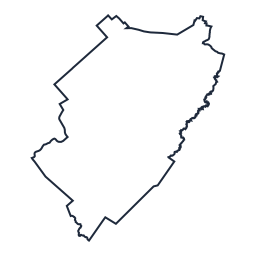 Palmerston North City, Manawatu-Wanganui, New Zealand
{"feature_id": "76426892B89930780438599", "entity_name": "Palmerston North City", "entity_type": "district", "adm_level": 2, "iso_a3": "NZL", "parent_name": "New Zealand", "parent_adm1": "Manawatu-Wanganui", "projection": "albers", "projection_center": [175.702, -40.399], "detail": "fine", "context": "isolated", "style": "outline", "palette": "slate", "viewbox_px": 256, "rotation_deg": 0, "n_neighbors": 0, "source": "geoboundaries", "source_scale": "gbopen_adm2", "svg_char_len": 5692}
<svg xmlns="http://www.w3.org/2000/svg" viewBox="0 0 256 256"><path d="M31.8,158.0L32.7,159.4L34.6,161.6L45.5,176.6L72.8,200.7L66.8,205.9L70.7,216.0L71.3,215.8L72.1,215.8L73.3,216.3L74.0,217.0L74.3,217.0L75.2,218.1L75.2,218.9L74.9,219.9L75.6,220.9L75.7,222.1L76.2,222.3L77.6,223.8L78.4,224.2L80.3,224.2L80.3,224.4L80.9,225.4L80.8,226.6L81.0,226.6L80.5,227.7L79.8,228.0L79.0,229.2L78.8,229.8L78.2,230.8L78.2,231.2L78.7,232.5L79.0,232.8L78.7,234.4L78.9,234.8L78.8,235.4L79.1,235.8L79.5,235.9L80.2,235.8L80.7,234.9L81.0,234.8L82.3,235.4L83.1,235.6L83.7,235.4L84.5,236.5L85.6,237.2L86.3,237.1L86.9,237.4L87.4,238.2L87.5,239.2L87.6,239.3L88.5,240.3L89.0,240.6L103.0,220.5L105.3,217.3L115.9,223.8L153.6,186.4L157.7,185.4L174.3,161.5L168.4,157.3L168.4,157.1L168.8,157.1L169.1,157.5L169.3,157.4L169.3,156.9L170.2,156.4L170.3,156.1L171.0,155.9L171.1,155.5L172.0,155.7L172.3,155.5L172.6,155.6L174.2,154.3L174.6,153.7L174.6,152.8L174.5,152.5L174.5,152.2L174.7,151.9L175.5,151.7L176.7,151.9L176.7,151.5L176.9,151.5L177.4,150.8L177.8,150.8L178.0,150.5L179.4,150.0L179.7,149.5L179.4,149.0L179.2,148.8L179.3,148.5L179.3,148.1L180.0,148.2L180.2,147.7L180.5,147.6L180.7,147.2L180.7,146.7L180.3,146.5L180.4,146.2L180.1,146.1L180.4,145.5L179.7,145.0L180.5,144.3L180.7,143.8L180.7,143.5L181.4,143.2L182.3,141.9L183.2,141.1L183.3,140.4L183.5,140.2L184.2,139.7L183.9,139.0L184.0,138.5L183.6,138.0L183.3,138.0L183.1,137.7L182.9,137.9L182.7,137.8L182.2,137.5L181.3,137.6L181.2,137.3L181.3,136.9L181.1,136.7L181.1,136.3L181.3,136.0L181.3,135.6L180.8,134.6L180.2,134.3L179.8,133.5L180.2,133.3L180.6,133.4L181.1,133.0L180.5,132.1L180.6,131.8L180.9,131.6L180.7,131.3L180.3,131.0L181.3,130.5L181.3,130.1L182.1,130.3L182.3,130.1L183.0,129.7L183.3,129.2L183.4,128.7L183.5,128.6L184.4,128.5L184.7,128.8L185.0,128.7L185.3,129.0L185.4,128.8L185.8,128.7L185.9,128.4L186.1,128.3L186.3,128.0L186.2,127.7L186.3,127.4L186.6,127.3L186.8,126.8L186.5,126.7L186.6,126.3L186.6,126.0L187.0,125.0L186.5,124.4L186.3,124.2L186.5,123.8L186.9,123.3L186.9,122.7L186.6,121.8L186.9,121.7L187.0,121.4L187.0,121.2L188.3,121.0L188.1,121.5L188.4,122.1L189.1,122.1L189.3,121.9L189.3,121.4L189.6,121.0L189.8,120.9L189.8,120.4L189.9,120.2L190.4,120.2L190.5,120.4L191.1,120.5L190.7,119.8L190.7,119.0L191.7,118.6L192.2,118.0L192.7,118.2L193.2,117.9L193.5,118.2L194.1,117.9L194.4,118.1L195.3,117.4L195.4,117.0L195.2,116.8L195.3,116.2L195.5,116.1L195.4,115.8L195.5,115.4L196.2,115.8L196.6,115.6L196.4,114.0L196.5,114.0L197.0,114.2L197.3,113.8L197.7,113.7L197.9,113.7L198.3,113.3L198.4,113.1L198.3,112.9L198.3,112.5L197.9,112.1L198.1,111.7L198.4,111.6L198.1,110.7L198.2,110.4L198.6,110.1L199.0,110.0L199.7,110.3L199.8,109.7L199.2,108.9L199.9,108.9L200.3,108.4L200.7,108.2L200.9,108.3L201.6,109.0L201.8,108.5L202.8,108.9L202.7,108.4L202.2,107.4L202.4,107.2L202.1,106.9L202.4,106.7L202.8,106.8L203.2,107.1L203.4,106.8L203.6,106.8L204.0,106.2L204.4,106.2L205.0,106.5L205.0,106.3L205.9,105.6L206.2,105.7L206.3,105.4L206.5,105.6L206.6,105.8L206.5,106.2L207.2,106.3L207.2,106.0L207.6,105.9L207.5,105.5L207.8,105.3L208.3,105.3L208.4,105.1L208.1,105.0L208.1,104.8L208.3,104.8L208.3,104.4L208.5,104.1L208.9,103.9L208.9,103.5L208.6,103.3L208.5,103.0L208.3,103.3L207.9,103.0L207.6,103.0L207.1,102.0L206.9,102.4L206.5,102.6L206.4,102.5L206.1,102.4L205.9,101.7L205.4,102.1L205.1,102.1L205.0,101.9L205.1,101.7L204.6,101.2L204.4,100.2L204.4,99.8L204.3,99.5L205.2,99.1L205.7,98.5L205.3,98.0L205.3,97.5L205.5,97.1L205.9,97.3L206.2,97.1L205.9,96.6L206.0,96.3L206.3,96.0L206.6,95.3L206.8,95.2L207.2,94.7L207.3,94.7L207.3,94.4L207.9,94.3L208.3,94.5L208.3,94.2L208.5,94.2L208.7,93.9L208.8,93.7L209.2,93.8L209.7,94.1L209.8,93.9L209.8,93.5L209.9,93.4L210.5,93.8L211.1,93.8L211.1,93.6L210.3,92.9L210.3,92.4L210.6,92.5L210.8,92.2L210.5,92.0L210.9,91.6L211.3,91.6L211.4,91.4L212.0,91.6L213.1,90.5L213.5,88.2L213.3,86.1L215.7,84.0L216.1,82.3L216.7,82.0L216.3,81.6L216.3,81.2L216.6,81.2L216.3,80.8L216.4,80.6L216.4,80.4L215.9,80.1L215.8,79.8L215.4,79.6L215.1,79.2L215.4,79.0L215.2,78.5L214.7,78.2L214.5,77.9L215.0,77.9L214.7,77.1L214.6,76.4L214.9,76.2L215.2,76.4L215.5,76.2L216.1,76.4L216.5,76.9L216.9,77.0L216.9,76.8L217.5,76.9L217.7,76.7L218.2,76.5L218.3,76.4L217.9,76.3L217.3,76.3L217.2,76.1L216.8,76.1L216.8,75.7L217.0,75.5L216.8,75.2L216.9,74.9L217.1,74.5L216.9,73.7L217.2,73.5L217.2,73.2L217.3,72.9L217.5,72.7L217.8,72.8L217.9,72.3L218.5,72.2L218.4,71.5L219.1,71.3L219.5,70.9L219.9,70.8L224.2,54.5L221.9,53.5L220.5,53.4L218.1,52.8L217.3,51.9L215.4,51.2L212.3,48.7L211.5,47.8L211.4,47.1L210.5,46.0L208.8,44.8L208.2,44.5L207.1,44.3L205.4,44.4L204.5,44.3L203.6,43.0L202.9,43.1L203.0,42.4L203.4,41.9L205.4,41.0L206.2,40.4L207.5,40.0L208.7,39.2L209.1,38.2L209.5,36.7L209.4,35.9L209.6,34.2L209.6,33.4L209.9,32.5L209.8,31.9L210.0,30.1L210.6,27.9L211.4,26.5L208.1,25.7L206.4,25.5L206.6,23.4L205.0,23.2L205.5,22.0L205.9,21.4L204.2,20.9L202.7,20.2L203.1,16.8L200.4,16.2L199.4,18.4L196.9,18.1L195.0,21.0L194.5,20.6L193.4,25.0L177.2,34.6L162.7,33.0L150.3,32.4L143.9,31.4L138.7,29.8L131.2,28.1L126.4,28.2L128.5,26.6L124.8,22.4L123.5,23.4L119.2,18.5L116.3,16.0L111.8,19.4L108.1,15.4L107.3,16.2L96.7,25.6L107.1,37.3L72.7,68.0L72.5,68.3L54.4,84.4L66.8,98.4L67.6,99.4L59.7,104.0L63.3,110.0L61.8,112.4L59.5,116.6L59.3,117.3L59.2,118.1L59.2,118.8L59.5,119.6L64.3,127.9L64.8,129.8L64.9,132.5L65.5,134.2L66.6,135.8L67.6,137.0L63.2,140.9L61.1,141.9L58.6,141.8L57.9,141.5L56.7,140.7L56.1,139.8L55.1,138.9L54.3,138.6L53.6,138.9L52.5,139.5L50.9,140.9L49.6,142.7L47.9,143.2L45.8,144.3L43.9,144.7L42.5,146.5L42.0,147.6L41.1,149.0L39.9,150.2L38.6,150.9L36.1,151.7L35.3,152.2L34.8,152.7L34.6,153.3L34.5,153.9L34.8,156.1L34.3,156.9L33.7,157.3L31.8,158.0Z" fill="none" stroke="#1e293b" stroke-width="2"/></svg>